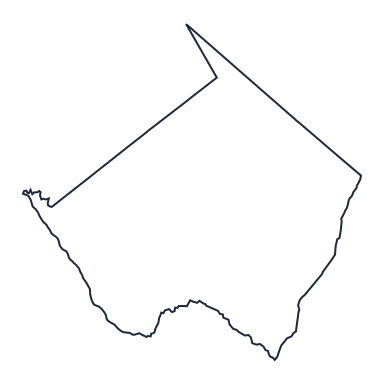 Aldeias Altas, Maranhão, Brazil
{"feature_id": "56859067B78587835944607", "entity_name": "Aldeias Altas", "entity_type": "district", "adm_level": 2, "iso_a3": "BRA", "parent_name": "Brazil", "parent_adm1": "Maranhão", "projection": "equal_earth", "projection_center": [-43.461, -4.47], "detail": "fine", "context": "isolated", "style": "outline", "palette": "slate", "viewbox_px": 384, "rotation_deg": 0, "n_neighbors": 0, "source": "geoboundaries", "source_scale": "gbopen_adm2", "svg_char_len": 2402}
<svg xmlns="http://www.w3.org/2000/svg" viewBox="0 0 384 384"><path d="M186.1,24.1L216.8,77.6L191.8,97.0L187.2,100.7L150.1,129.3L142.0,135.8L127.0,147.5L121.0,152.3L98.6,170.0L86.4,179.7L51.6,207.0L49.9,206.4L48.2,205.5L47.7,203.4L48.8,198.4L45.9,199.5L43.1,198.7L41.3,199.4L40.0,195.5L40.6,192.1L39.1,190.9L37.7,192.2L34.2,192.4L32.3,194.2L30.5,189.8L29.0,193.1L27.4,192.8L26.4,190.6L24.0,191.1L23.0,193.7L25.7,194.7L28.3,195.7L30.6,199.6L32.7,206.6L35.9,209.4L38.2,212.8L39.1,215.2L41.2,218.8L43.2,221.8L44.8,223.3L46.4,224.7L47.6,226.9L48.6,228.3L50.0,230.2L51.1,232.8L52.6,234.4L54.2,235.6L55.5,236.4L57.9,238.8L58.9,241.6L59.2,243.6L59.9,245.6L61.6,248.3L62.9,249.6L64.4,250.2L66.3,251.3L67.9,253.9L68.4,255.9L69.0,257.9L70.5,259.9L72.3,261.2L73.7,262.9L75.7,264.6L77.1,266.1L79.0,268.4L80.3,271.9L82.1,275.0L83.0,277.8L84.9,280.7L86.7,283.3L88.5,286.6L89.9,289.0L90.0,291.4L90.2,294.3L90.9,297.4L91.7,300.0L93.2,303.5L94.5,304.9L96.7,305.7L99.6,307.0L102.0,309.4L104.3,312.3L106.0,315.3L106.5,318.4L107.7,320.6L110.6,322.5L114.5,324.6L117.6,328.2L121.0,331.0L123.4,332.2L126.1,332.5L129.7,332.9L132.7,334.7L134.5,334.7L139.3,333.2L141.3,334.4L144.5,336.0L146.3,337.0L148.0,336.0L150.6,336.4L151.2,333.7L153.1,333.3L154.6,332.2L155.4,328.6L158.3,323.1L159.2,318.0L160.3,315.5L161.3,312.6L163.4,313.2L165.0,310.4L168.9,309.1L172.1,312.1L174.6,311.1L175.1,307.7L177.6,307.8L178.8,306.0L182.8,306.0L186.9,306.2L190.2,300.3L193.0,301.6L197.0,302.8L199.4,300.8L203.7,303.7L205.3,304.0L206.1,305.6L218.1,310.9L219.9,313.9L222.8,314.4L223.4,317.7L228.5,319.7L229.5,324.3L230.5,325.6L233.3,328.9L236.7,329.9L238.9,332.1L244.9,335.5L248.5,335.0L250.9,337.4L252.3,343.2L256.4,344.6L260.0,344.0L263.6,346.7L265.5,350.1L268.0,350.9L269.0,354.6L270.3,356.7L272.9,357.7L274.7,359.9L277.2,357.0L279.4,350.4L281.3,345.4L284.9,341.1L287.0,338.3L291.3,336.5L293.7,332.9L295.9,331.5L297.6,319.0L298.0,316.3L298.4,312.8L299.3,309.4L298.1,305.4L298.9,302.6L299.7,300.2L302.1,297.1L304.7,295.0L322.1,274.0L322.9,271.8L331.7,259.7L335.0,254.7L335.7,246.0L337.2,239.3L339.5,237.9L340.9,229.5L341.7,221.0L341.2,218.9L344.2,213.1L345.1,210.8L346.8,208.0L347.7,205.2L348.8,200.1L350.0,197.9L351.6,196.3L352.5,194.6L353.4,192.0L356.4,188.1L356.9,185.6L358.0,183.8L360.2,179.5L361.0,175.6L338.3,156.3L309.4,131.5L298.4,122.1L296.6,120.8L294.6,118.9L260.8,89.4L186.1,24.1Z" fill="none" stroke="#1e293b" stroke-width="2"/></svg>